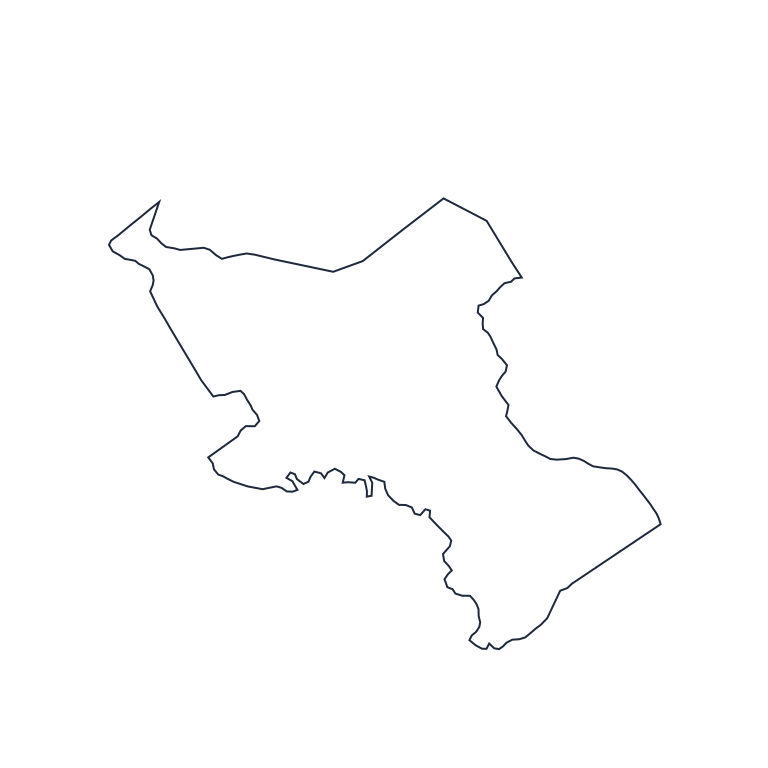 Santo Amaro, Bahia, Brazil, rotated 319°
{"feature_id": "56859067B18701352119559", "entity_name": "Santo Amaro", "entity_type": "district", "adm_level": 2, "iso_a3": "BRA", "parent_name": "Brazil", "parent_adm1": "Bahia", "projection": "orthographic", "projection_center": [-38.783, -12.548], "detail": "fine", "context": "isolated", "style": "outline", "palette": "slate", "viewbox_px": 768, "rotation_deg": 319, "n_neighbors": 0, "source": "geoboundaries", "source_scale": "gbopen_adm2", "svg_char_len": 2952}
<svg xmlns="http://www.w3.org/2000/svg" viewBox="0 0 768 768"><g transform="rotate(319 384 384)"><path d="M333.8,99.1L328.4,98.9L323.4,98.6L310.3,98.3L304.5,98.1L297.8,97.8L281.7,97.4L272.2,96.7L267.7,98.6L266.3,105.8L269.0,113.4L270.5,119.6L273.9,123.7L277.1,127.9L277.8,132.5L279.6,136.8L282.2,143.5L280.7,150.4L278.0,154.7L274.4,157.6L268.3,160.6L263.7,176.9L261.2,191.9L259.8,198.8L258.2,207.7L257.3,212.5L251.5,245.1L248.5,261.3L247.0,281.5L252.0,284.1L256.6,287.8L264.4,290.6L271.2,295.0L271.7,300.0L270.3,306.0L269.3,312.8L267.9,317.1L267.9,324.0L265.6,330.1L258.8,331.1L252.0,325.1L245.3,325.1L239.3,327.5L203.2,324.1L202.7,331.6L199.7,336.8L199.5,343.6L202.1,348.3L203.8,353.1L206.3,359.1L213.9,371.8L223.4,383.8L229.0,386.9L235.8,390.8L238.5,395.1L240.2,401.4L244.4,405.3L249.2,407.1L251.1,397.2L248.8,390.8L255.3,389.4L257.6,393.6L255.9,398.6L257.6,406.6L262.8,408.2L267.8,405.8L274.0,404.4L277.9,410.1L277.4,415.9L283.5,413.9L291.3,415.7L293.8,422.1L294.3,426.9L288.1,431.4L292.3,434.4L297.6,439.7L302.5,438.9L306.2,443.9L303.2,449.6L300.6,454.0L297.1,457.7L301.3,460.2L305.7,455.6L310.3,450.9L312.1,444.1L314.7,447.9L316.7,452.2L320.1,458.0L316.2,463.9L314.1,470.7L314.5,478.5L316.0,485.0L321.1,489.7L324.0,495.4L322.1,502.0L325.3,506.7L333.1,505.7L335.7,509.8L330.9,514.4L331.1,519.2L331.4,526.0L332.0,534.7L332.6,541.4L332.0,546.3L327.2,549.7L317.0,551.0L313.3,557.0L313.5,564.0L312.8,569.2L307.5,569.5L301.6,571.0L298.5,579.0L301.1,583.8L300.4,589.0L304.1,595.1L309.9,600.2L310.1,605.8L309.4,610.9L307.7,615.8L303.2,621.3L300.2,627.0L296.5,629.9L290.9,631.5L285.3,631.3L280.4,633.4L281.8,641.6L284.3,648.1L287.6,651.1L293.1,648.9L293.8,655.9L297.0,659.6L301.6,660.1L306.7,659.6L313.0,661.1L318.7,665.4L324.3,667.9L331.4,668.1L337.7,668.1L344.6,668.6L353.6,667.8L381.4,655.6L388.5,658.3L394.8,658.0L500.8,671.3L503.4,665.2L504.7,660.6L505.3,655.3L506.1,649.4L506.4,644.6L506.9,637.3L507.1,631.2L507.6,625.1L507.6,618.8L507.3,612.3L506.2,606.3L504.0,601.6L501.0,597.8L496.1,593.0L492.2,588.5L487.8,583.3L485.9,578.3L484.4,573.3L482.0,568.1L478.5,563.8L472.2,560.1L464.8,554.5L460.3,549.7L458.6,545.1L456.4,540.2L453.2,532.3L452.5,525.3L453.1,520.5L454.4,512.8L454.7,504.5L454.5,496.7L455.0,488.4L459.5,485.2L464.2,481.5L464.5,476.4L465.0,469.9L467.1,459.7L473.5,456.6L478.6,455.2L484.0,454.4L489.1,450.5L489.4,442.7L488.8,436.7L491.6,431.7L493.5,424.5L495.4,417.9L496.0,413.4L494.8,407.6L498.1,403.1L502.1,399.1L501.6,391.6L506.8,386.9L511.6,389.1L517.5,389.9L523.6,387.9L529.7,387.9L535.5,387.1L541.1,387.0L547.0,390.2L551.7,389.9L557.8,394.0L560.4,375.5L568.5,328.2L550.7,283.0L501.2,280.0L493.6,279.6L448.6,277.3L432.3,271.0L419.3,266.0L383.1,218.2L371.4,201.7L366.0,195.4L360.2,191.9L354.6,188.7L349.4,185.9L343.8,183.2L341.8,176.7L340.6,168.4L337.3,162.9L329.2,157.1L323.7,153.1L318.1,149.1L314.5,143.7L309.4,137.6L308.3,131.9L308.1,125.4L306.1,119.2L308.4,113.9L333.8,99.1Z" fill="none" stroke="#1e293b" stroke-width="2"/></g></svg>